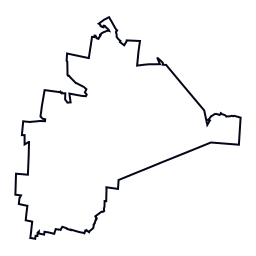 outline of El Llano, Aguascalientes, Mexico
{"feature_id": "50627088B57230775493206", "entity_name": "El Llano", "entity_type": "district", "adm_level": 2, "iso_a3": "MEX", "parent_name": "Mexico", "parent_adm1": "Aguascalientes", "projection": "natural_earth1", "projection_center": [-102.052, 21.929], "detail": "fine", "context": "isolated", "style": "outline", "palette": "ink", "viewbox_px": 256, "rotation_deg": 0, "n_neighbors": 0, "source": "geoboundaries", "source_scale": "gbopen_adm2", "svg_char_len": 4465}
<svg xmlns="http://www.w3.org/2000/svg" viewBox="0 0 256 256"><path d="M89.1,232.2L89.6,231.0L91.0,230.0L92.5,228.8L93.4,227.7L93.7,225.3L94.1,224.4L94.1,224.1L94.3,223.8L94.2,223.8L94.4,223.5L95.1,221.8L95.7,219.9L96.0,219.9L96.1,218.7L96.7,218.8L96.8,218.7L96.2,217.3L96.1,217.2L95.6,216.9L95.4,216.7L95.3,216.3L101.4,211.8L102.2,211.6L102.7,211.9L103.5,211.5L104.2,211.0L103.9,208.5L104.4,207.0L104.5,206.3L104.6,201.0L106.2,201.2L106.5,189.5L106.4,187.3L118.0,188.9L118.6,180.0L132.5,174.3L134.0,173.7L160.2,163.0L162.6,162.0L191.2,150.5L210.9,142.5L238.9,144.7L240.6,117.6L234.1,115.8L233.0,116.2L231.8,115.8L231.7,115.8L230.5,116.1L230.1,116.3L228.1,116.4L227.5,116.3L226.5,116.6L226.4,116.2L225.7,115.8L224.9,115.1L221.9,114.1L221.4,113.5L220.8,113.1L220.3,114.5L220.2,114.6L219.3,115.0L218.9,114.7L216.2,113.9L215.9,113.9L214.4,114.2L212.3,115.7L212.2,115.7L211.7,115.9L211.3,116.0L208.8,119.4L208.5,119.5L208.0,119.7L207.9,119.9L209.9,120.5L207.3,124.9L204.2,110.4L199.3,104.6L185.7,88.4L182.4,84.5L169.4,68.9L166.1,64.9L162.7,64.7L162.8,62.8L161.1,61.1L157.2,57.6L159.9,64.2L148.7,64.3L144.2,64.7L140.4,65.2L137.1,65.6L138.5,51.4L139.8,42.3L140.0,41.0L128.8,40.5L126.7,40.4L126.5,41.5L124.2,45.3L121.6,43.3L119.9,42.0L120.5,41.0L118.4,39.2L116.7,37.0L116.6,34.3L115.9,32.0L116.1,31.8L116.2,31.7L116.3,31.5L116.5,31.4L116.6,31.2L116.9,30.8L117.1,30.3L116.9,30.2L116.2,29.7L113.9,25.7L111.0,20.5L110.4,19.6L109.1,17.2L108.7,17.4L104.0,19.8L103.9,19.9L98.7,23.7L98.9,23.8L99.1,23.8L99.4,23.8L99.6,23.9L99.8,24.1L100.0,24.5L100.3,25.0L100.5,25.3L100.4,25.7L100.5,25.8L100.7,26.1L100.8,26.2L101.0,26.2L101.1,26.3L101.3,26.4L101.4,26.5L101.6,26.6L101.8,26.6L102.0,26.7L102.1,26.8L102.3,26.9L102.4,27.0L102.5,27.0L102.6,26.9L102.8,26.9L102.9,27.0L103.0,27.1L103.2,27.3L103.3,27.3L103.3,27.2L103.5,27.1L103.5,26.9L103.6,26.2L103.6,25.9L103.8,25.8L103.8,25.7L104.0,25.7L104.4,25.8L104.6,25.8L104.8,25.9L104.9,26.0L105.1,26.2L105.2,26.3L105.3,26.4L105.3,26.5L105.6,26.9L105.9,27.1L106.0,27.3L106.1,27.5L106.3,27.7L106.4,27.8L106.5,27.9L106.6,28.0L106.8,28.1L107.1,28.3L107.4,28.4L107.5,28.6L107.7,28.8L107.8,29.0L108.0,29.2L108.3,29.5L108.6,29.7L108.6,29.8L108.7,30.0L108.8,30.2L109.0,30.5L109.2,30.9L108.9,30.8L107.9,30.7L107.1,30.9L106.5,31.0L105.9,31.3L105.3,31.6L104.0,32.0L103.7,32.2L103.3,32.4L102.7,32.7L102.1,33.0L101.7,33.2L101.7,33.3L101.4,33.5L101.2,33.8L101.0,34.3L100.9,34.6L100.7,35.1L100.4,35.0L100.2,34.8L100.1,34.7L100.0,34.8L100.0,35.0L100.0,35.3L100.1,35.5L100.0,35.9L100.0,36.1L99.9,36.3L99.9,36.5L99.7,36.7L99.7,36.8L99.5,37.0L99.3,37.1L99.2,37.2L99.1,37.3L99.1,37.6L99.0,37.8L99.0,38.0L98.9,38.2L98.8,38.3L98.7,38.3L98.3,38.3L98.2,38.3L98.2,38.7L98.2,38.8L97.9,38.7L97.5,38.5L97.4,38.5L97.3,38.4L97.2,38.3L97.0,38.2L96.7,38.2L96.6,37.9L96.4,37.7L96.3,37.3L96.2,37.3L96.2,37.2L96.0,36.9L95.9,36.7L95.8,36.2L95.7,36.1L95.5,35.7L94.6,35.6L94.6,35.8L94.5,36.0L94.5,36.3L94.5,36.5L94.4,36.7L94.3,36.8L94.2,36.8L94.1,37.1L93.6,37.0L92.0,36.9L91.4,41.2L91.0,43.8L88.8,58.1L73.1,54.8L67.1,53.5L66.6,60.8L67.3,61.7L67.5,74.5L67.5,74.9L67.7,75.2L67.8,75.2L68.1,75.7L68.2,75.9L68.4,76.0L68.5,76.0L68.9,75.7L70.6,77.7L70.9,78.0L75.7,82.9L75.8,82.8L83.9,87.0L86.4,89.2L84.9,92.3L86.7,94.6L85.9,96.2L81.9,95.9L72.6,94.2L69.4,93.6L70.6,102.4L67.4,102.6L65.1,99.4L65.2,97.0L65.2,96.9L65.2,96.5L65.3,93.3L61.9,93.3L61.8,92.8L61.9,92.5L61.5,92.3L61.4,92.3L61.0,92.8L60.8,92.8L60.6,92.6L60.3,92.0L60.2,92.2L44.6,90.1L41.9,106.0L41.6,108.2L41.3,110.5L41.1,112.3L41.0,113.1L40.9,113.2L40.8,114.0L40.5,116.5L42.6,118.7L45.2,119.3L45.0,121.2L39.9,121.0L35.1,121.5L29.8,121.9L29.8,122.0L24.9,121.5L23.2,121.3L21.9,135.1L24.6,135.1L24.6,144.4L28.7,142.0L29.0,142.0L28.7,155.6L27.9,174.7L16.0,173.7L15.4,194.7L21.0,195.4L19.5,198.1L19.3,199.6L18.8,204.0L23.3,205.0L23.6,205.1L24.3,205.2L25.8,205.5L27.4,205.8L27.1,208.1L26.8,210.5L26.7,211.3L26.5,212.9L25.7,220.3L32.2,221.6L32.0,223.6L31.4,228.7L31.2,230.8L30.7,235.0L30.3,238.0L32.0,238.2L33.6,238.5L33.9,238.5L35.2,238.8L35.6,235.8L37.4,236.0L37.6,232.7L38.8,231.6L38.6,233.5L41.4,234.0L44.1,234.6L44.3,233.2L44.5,231.8L47.7,232.3L49.4,232.6L52.5,233.4L54.2,233.8L55.7,229.1L58.8,229.6L59.7,229.6L60.0,229.6L60.6,229.9L61.5,228.2L62.3,226.8L63.2,227.1L65.3,227.8L66.1,228.0L67.2,228.7L67.1,228.9L70.8,230.1L70.9,229.6L73.2,230.3L78.7,231.9L79.6,232.1L79.8,232.2L82.2,232.6L82.7,232.7L84.4,233.3L85.2,230.8L85.8,231.0L86.3,230.1L87.5,231.0L88.1,231.5L89.1,232.2Z" fill="none" stroke="#020617" stroke-width="2"/></svg>